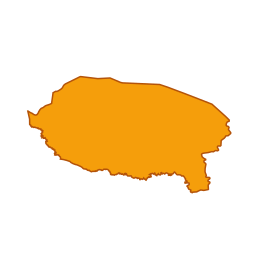 Ou Ya Dav, Rôtânôkiri, Cambodia (Robinson projection), rotated 294°
{"feature_id": "14789045B92198168751109", "entity_name": "Ou Ya Dav", "entity_type": "district", "adm_level": 2, "iso_a3": "KHM", "parent_name": "Cambodia", "parent_adm1": "Rôtânôkiri", "projection": "robinson", "projection_center": [107.357, 13.558], "detail": "fine", "context": "isolated", "style": "filled", "palette": "amber", "viewbox_px": 256, "rotation_deg": 294, "n_neighbors": 0, "source": "geoboundaries", "source_scale": "gbopen_adm2", "svg_char_len": 5609}
<svg xmlns="http://www.w3.org/2000/svg" viewBox="0 0 256 256"><g transform="rotate(294 128 128)"><path d="M176.4,217.3L178.3,212.3L183.9,195.0L182.5,166.0L181.4,147.5L180.6,139.2L167.0,104.7L166.6,102.6L166.4,91.3L160.8,80.3L155.7,63.8L155.1,63.1L142.7,52.8L140.8,51.9L138.1,51.7L136.7,51.2L135.4,50.4L133.6,49.2L132.5,48.1L132.0,46.9L130.2,45.6L129.8,45.2L119.4,48.2L117.8,46.9L115.2,44.0L114.0,43.1L112.2,42.2L110.6,40.7L108.8,40.1L106.3,39.8L105.5,39.9L103.8,39.6L102.9,39.2L102.3,38.5L102.1,37.8L102.0,36.6L102.4,34.5L102.4,32.4L102.8,29.8L102.7,29.6L96.1,34.5L91.3,36.7L91.2,37.0L91.2,37.7L91.0,37.9L90.6,37.9L90.4,38.2L90.3,38.6L89.8,39.4L89.7,39.7L90.0,40.2L90.3,40.0L90.2,41.7L90.7,42.1L90.7,42.6L90.9,42.8L90.9,43.6L90.8,43.9L91.1,44.7L91.0,45.5L91.3,45.5L91.5,45.8L91.4,46.1L91.0,46.6L90.9,47.1L91.5,47.8L91.2,48.4L91.5,48.8L90.9,49.0L91.0,49.4L90.9,49.9L91.1,50.1L90.9,51.1L90.6,51.0L90.4,50.8L90.1,51.2L90.0,50.9L89.7,51.2L89.6,51.4L89.5,51.6L88.2,51.2L87.9,51.4L87.5,51.1L87.4,51.4L86.9,51.6L86.9,51.9L86.3,51.9L86.2,53.0L85.3,52.1L85.2,52.6L84.7,52.7L84.7,53.5L84.4,53.5L85.0,54.1L84.6,54.5L85.1,54.6L85.0,54.9L84.4,55.3L84.7,55.9L85.3,56.3L84.8,56.7L84.4,57.6L84.1,58.0L84.2,58.8L83.9,59.0L83.1,58.7L83.1,59.1L82.9,59.4L82.8,59.1L82.3,58.4L81.8,58.5L81.6,58.9L80.8,59.1L80.2,59.8L79.9,60.8L79.6,61.0L79.6,62.0L79.3,62.1L79.1,62.6L78.9,62.6L78.5,63.4L78.8,63.9L78.6,64.4L79.0,65.0L78.5,65.9L78.8,66.9L78.1,67.2L78.0,67.5L78.1,67.8L78.3,67.8L78.6,68.6L78.4,68.8L77.9,68.8L77.8,69.1L78.0,69.3L78.1,70.1L77.6,70.2L77.3,70.5L77.2,70.5L76.6,71.3L76.3,71.3L76.6,71.8L76.2,72.3L75.9,72.2L75.9,71.9L75.4,72.1L75.2,71.5L74.7,71.3L74.1,72.1L73.6,72.1L73.6,72.4L73.9,72.7L73.9,73.1L74.2,73.6L74.8,73.9L74.8,75.3L74.9,75.6L75.1,75.6L75.1,75.9L74.5,76.5L74.0,78.0L73.7,78.1L73.0,78.8L72.1,78.9L72.9,81.7L73.5,85.3L73.8,88.6L73.3,89.8L73.1,92.3L73.3,95.1L73.6,96.5L73.6,100.6L73.3,102.3L72.8,103.4L72.7,104.3L73.3,106.1L73.2,106.7L73.5,107.0L73.2,107.5L73.0,108.2L73.1,109.1L73.2,109.3L73.5,109.5L73.6,110.0L73.2,110.8L73.1,112.3L74.0,113.3L74.8,115.1L75.1,115.3L75.2,115.8L75.4,115.8L75.3,116.2L75.8,116.5L76.0,117.2L76.9,117.2L77.4,117.7L77.8,118.3L78.1,118.3L78.4,118.7L78.5,119.7L78.9,120.1L78.9,120.3L78.7,120.4L78.6,120.8L78.6,121.3L78.8,121.7L79.0,122.0L80.4,122.6L81.0,123.7L80.9,124.0L81.2,124.4L81.1,124.6L81.7,125.3L81.8,126.5L81.5,127.5L80.9,128.2L80.8,128.5L81.0,128.6L81.0,128.8L80.6,129.3L80.4,129.3L80.0,130.0L79.2,130.6L79.2,130.8L78.7,130.9L78.5,131.3L78.8,131.8L78.6,132.3L78.8,132.7L79.0,132.8L79.0,133.0L79.3,133.4L79.2,133.6L79.3,133.9L79.4,134.1L79.4,134.7L80.0,134.9L80.4,135.6L80.5,136.1L81.4,136.5L81.8,137.3L82.1,137.4L82.5,137.4L83.1,137.7L83.4,138.5L82.8,139.0L83.3,139.5L83.5,139.9L83.1,140.2L83.0,140.6L83.3,141.3L83.8,141.6L83.3,143.0L83.7,143.3L83.9,143.9L84.9,143.4L85.0,143.5L84.8,144.0L84.5,144.4L84.6,144.7L85.6,144.6L85.5,145.2L85.3,145.4L84.8,145.0L84.6,145.1L84.7,146.0L84.3,146.7L84.1,147.2L84.9,149.2L85.5,150.0L85.5,150.5L84.7,151.2L84.7,151.9L84.6,152.2L84.5,153.5L85.1,154.5L85.8,154.7L86.1,156.3L85.7,157.0L85.8,157.2L86.4,157.3L86.5,157.5L86.4,158.2L86.7,159.1L86.4,159.4L85.7,159.7L85.7,160.0L86.2,160.1L86.9,160.7L86.9,161.9L88.2,162.7L88.7,162.7L88.6,162.9L88.0,163.1L87.9,163.5L88.3,164.5L87.7,165.2L87.7,165.7L88.8,165.7L89.4,166.0L90.5,166.0L91.1,166.7L91.7,166.7L91.8,167.0L91.7,167.2L91.7,167.7L92.4,168.1L92.5,168.8L93.0,168.9L93.4,168.7L93.4,167.9L94.7,167.8L94.8,167.6L94.5,166.8L95.5,167.3L95.8,167.7L96.0,168.4L96.5,168.7L96.5,169.4L96.3,170.1L97.7,170.7L97.7,170.9L97.3,171.2L96.9,171.7L96.4,171.7L96.3,172.2L96.5,173.2L96.2,173.4L96.2,173.7L97.5,173.7L98.1,174.3L98.5,174.4L97.9,175.1L97.9,175.3L98.3,176.1L98.2,176.5L98.5,176.7L99.4,176.8L100.4,176.3L100.7,176.6L100.9,176.8L100.7,177.1L99.9,177.8L100.0,178.1L100.8,178.5L101.0,178.9L101.1,179.4L100.9,180.2L101.5,180.6L102.1,180.8L102.6,181.3L102.7,183.0L102.6,183.3L102.0,183.9L102.1,184.2L102.9,184.9L102.5,185.1L102.3,185.0L101.6,184.3L101.4,184.2L101.3,184.4L101.9,185.5L102.0,186.3L103.0,187.0L103.2,186.8L103.1,186.5L103.2,186.3L103.8,186.7L104.4,187.7L106.6,188.3L106.7,188.6L105.3,191.6L105.5,192.7L105.9,193.1L106.5,195.2L106.0,196.5L106.7,198.1L106.3,199.0L105.4,200.3L105.0,201.2L104.0,201.5L103.8,201.8L103.5,203.5L103.1,203.7L102.8,203.5L102.4,203.1L101.9,202.1L101.4,202.1L100.9,202.4L100.9,202.7L102.0,204.5L102.4,205.5L102.5,206.0L102.4,206.3L101.1,206.9L100.3,206.4L99.4,205.6L98.7,205.7L98.2,207.1L97.6,207.4L96.9,208.3L96.8,208.7L96.9,210.0L96.8,210.7L95.4,210.9L95.0,211.3L95.3,212.4L95.0,212.9L95.6,213.2L96.0,213.8L97.6,216.8L99.4,218.2L101.0,219.7L101.8,222.6L103.9,225.6L104.4,226.3L104.7,226.4L108.1,224.6L108.6,224.5L109.7,224.6L110.4,225.0L111.2,225.1L111.8,224.8L111.9,224.4L111.8,223.2L112.1,222.6L112.5,222.4L113.0,222.4L114.8,223.3L115.3,223.3L115.6,223.2L115.9,222.4L114.9,219.7L114.9,219.2L115.1,218.9L116.6,218.8L118.6,216.8L119.7,216.0L122.5,214.9L126.6,213.9L127.2,213.3L127.6,211.6L127.9,211.2L128.5,210.9L129.0,210.8L129.7,211.1L130.4,211.9L131.0,211.7L131.2,209.4L131.7,207.8L132.0,207.3L133.6,206.0L134.1,205.9L135.0,206.4L135.7,207.2L138.2,211.3L140.4,214.0L141.1,215.8L142.4,216.6L143.0,217.1L143.6,219.1L144.3,219.6L144.6,219.7L145.1,219.4L146.5,217.7L147.1,217.3L148.1,217.5L148.5,218.1L149.0,219.6L149.8,220.0L154.3,218.3L154.7,218.3L157.9,220.1L159.4,220.5L160.2,220.5L160.6,220.7L161.7,222.6L164.6,224.0L165.3,223.9L165.7,223.5L167.2,220.7L167.7,220.3L169.5,220.1L169.8,219.9L170.2,218.9L170.0,217.3L170.4,216.6L170.8,216.4L171.9,216.1L173.3,216.1L174.1,216.3L175.2,217.6L176.4,217.3Z" fill="#f59e0b" stroke="#b45309" stroke-width="1.5"/></g></svg>